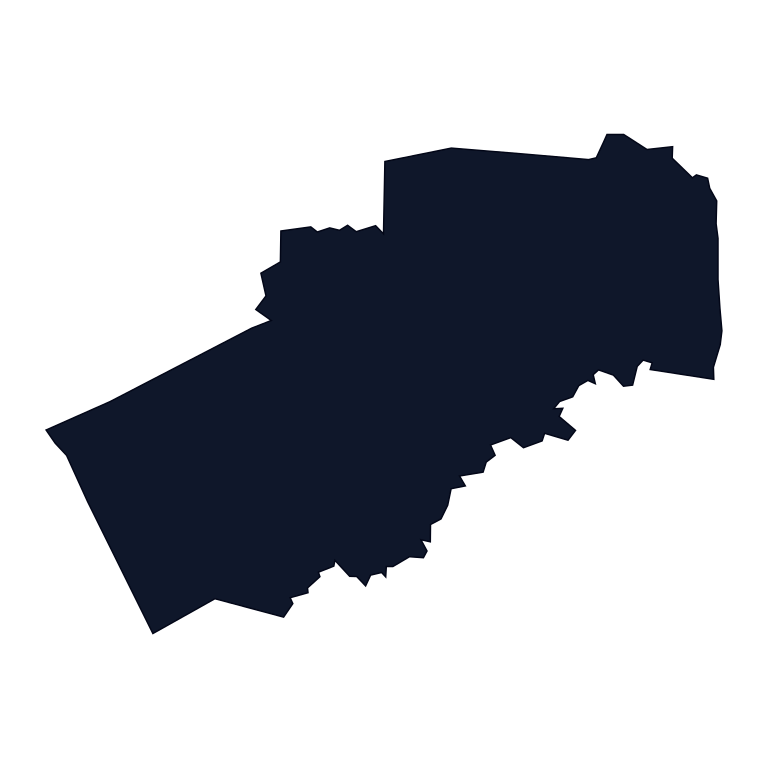 Talofofo, Guam (orthographic projection)
{"feature_id": "77769853B17205204900927", "entity_name": "Talofofo", "entity_type": "district", "adm_level": 2, "iso_a3": "GUM", "parent_name": "Guam", "parent_adm1": "", "projection": "orthographic", "projection_center": [144.734, 13.336], "detail": "fine", "context": "isolated", "style": "filled", "palette": "ink", "viewbox_px": 768, "rotation_deg": 0, "n_neighbors": 0, "source": "geoboundaries", "source_scale": "gbopen_adm2", "svg_char_len": 1375}
<svg xmlns="http://www.w3.org/2000/svg" viewBox="0 0 768 768"><path d="M46.1,430.0L55.2,443.2L66.6,455.4L87.6,501.6L152.9,633.5L214.9,598.7L283.6,617.1L292.8,603.6L290.1,597.7L308.0,592.7L307.5,587.9L319.9,576.7L318.4,572.2L333.8,566.1L334.9,560.3L349.7,576.3L356.7,576.5L365.6,585.9L370.6,575.1L381.6,572.5L385.7,576.9L386.3,566.5L392.9,566.5L409.5,556.7L423.4,557.7L427.0,551.0L420.9,539.7L430.3,541.8L430.5,524.5L441.0,518.9L447.7,505.2L451.1,488.7L465.3,485.9L459.5,476.0L483.1,472.1L486.2,462.1L495.1,455.3L490.5,445.0L510.8,437.6L523.5,447.7L542.1,440.9L544.6,433.3L568.0,440.2L575.5,430.4L559.1,416.5L562.8,408.3L553.6,408.8L559.6,401.5L572.7,396.8L578.8,385.6L587.9,380.4L595.3,383.7L593.2,374.7L598.5,369.9L613.4,375.1L623.5,386.2L632.6,385.1L637.2,366.4L643.1,360.1L652.2,362.8L650.2,369.5L713.8,379.3L713.4,367.1L713.5,366.9L720.3,344.4L720.4,343.1L721.9,330.8L719.9,308.0L718.0,279.5L718.0,238.4L716.1,223.7L716.7,200.9L709.7,188.3L707.6,178.2L696.4,174.9L692.4,177.8L672.2,158.2L672.6,146.7L647.0,149.5L623.7,134.5L607.0,134.5L603.5,142.3L596.3,157.8L588.6,159.6L524.7,154.1L451.3,148.1L384.9,161.5L383.5,233.9L375.6,225.7L356.2,231.7L347.6,225.3L339.5,230.3L329.7,227.9L317.3,232.0L310.8,226.9L280.9,231.0L280.4,261.9L260.9,273.2L266.0,295.9L255.8,309.5L271.3,320.5L251.6,328.2L109.9,401.7L46.1,430.0Z" fill="#0f172a" stroke="#020617" stroke-width="1.5"/></svg>